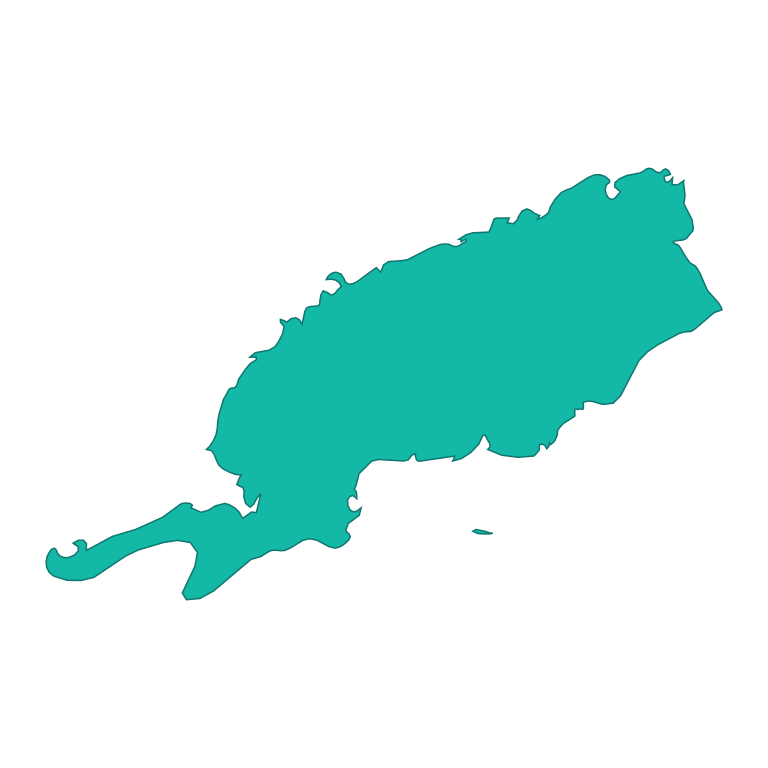 Pinar del Río, Mercator projection
{"feature_id": "CUB-1321", "entity_name": "Pinar del Río", "entity_type": "Province", "adm_level": 1, "iso_a3": "CUB", "parent_name": "Cuba", "parent_adm1": "", "projection": "mercator", "projection_center": [-83.796, 22.394], "detail": "fine", "context": "isolated", "style": "filled", "palette": "teal", "viewbox_px": 768, "rotation_deg": 0, "n_neighbors": 0, "source": "natural_earth", "source_scale": "10m", "svg_char_len": 4629}
<svg xmlns="http://www.w3.org/2000/svg" viewBox="0 0 768 768"><path d="M721.9,309.9L714.1,312.6L695.0,328.9L691.2,331.4L684.0,332.0L679.1,333.5L657.9,344.7L647.5,351.7L638.8,360.8L620.6,395.8L613.1,403.2L602.7,404.4L592.3,401.4L587.9,401.0L583.4,402.3L583.3,403.2L583.4,408.0L582.9,409.3L581.6,409.2L580.2,408.7L577.9,409.6L576.5,409.1L575.2,409.0L574.7,410.4L574.9,415.2L574.7,416.2L563.2,423.6L559.3,427.9L557.6,430.8L557.4,432.4L557.5,433.6L557.2,435.2L555.1,440.1L553.5,442.3L550.6,444.6L549.6,443.5L549.1,442.4L548.9,446.4L546.7,448.8L544.9,445.3L542.3,444.2L539.5,444.6L539.2,450.2L534.0,456.0L518.1,457.3L501.7,455.2L487.7,449.5L490.3,446.6L489.5,443.1L487.1,439.2L485.3,435.2L483.1,435.2L478.6,444.3L470.7,452.6L461.4,458.6L452.7,461.0L453.4,459.8L454.1,457.4L454.7,456.1L419.5,461.2L417.8,461.0L416.5,459.6L415.7,457.2L415.3,454.9L415.6,453.9L412.0,455.0L408.2,459.9L403.6,461.0L378.9,459.5L371.8,461.0L358.8,473.9L358.4,476.5L355.9,485.9L354.4,489.3L356.1,491.5L356.6,493.6L356.8,498.7L353.2,495.6L349.7,496.4L347.5,500.1L347.9,505.7L350.3,510.2L353.4,511.9L357.1,511.0L361.1,507.8L359.3,515.3L348.3,523.4L345.7,530.4L346.9,532.0L349.0,534.0L350.3,536.5L348.9,539.8L345.9,542.7L342.5,545.4L338.7,547.3L334.9,548.1L328.9,546.6L316.9,540.2L309.8,538.7L302.9,540.3L290.6,547.9L284.7,550.4L281.5,550.7L274.9,550.2L271.7,550.4L268.2,551.9L261.0,556.5L251.0,559.4L213.5,591.0L199.8,598.5L186.4,599.7L182.3,593.0L195.0,566.1L197.5,552.5L190.3,542.5L177.6,540.4L163.5,542.5L138.2,550.0L125.9,555.9L93.8,577.4L81.0,580.5L67.1,580.3L53.8,576.1L49.4,572.6L46.8,567.7L46.1,562.1L47.2,556.3L48.3,554.1L49.9,551.3L51.9,549.1L54.1,548.2L55.6,549.1L56.6,550.8L57.4,552.9L58.4,554.5L60.7,556.3L63.3,557.4L66.1,557.7L69.0,557.4L74.4,555.1L78.2,551.2L78.3,546.9L73.1,543.2L78.5,540.2L83.4,540.2L86.4,543.5L86.4,550.4L112.4,536.4L135.5,529.5L162.6,517.3L179.9,504.6L182.3,503.4L186.5,503.0L190.4,503.6L192.4,505.2L191.0,507.8L201.0,512.3L208.4,510.2L215.6,505.8L224.9,503.4L229.5,504.8L234.9,508.1L239.4,512.4L241.3,516.3L242.8,518.3L251.5,512.0L256.3,512.7L260.9,493.8L257.0,498.1L253.7,504.1L250.1,507.2L245.6,503.4L243.8,496.8L244.2,491.7L243.1,487.8L236.8,484.6L239.7,477.3L241.3,475.0L235.4,474.4L229.0,472.0L223.2,468.9L219.2,465.6L216.6,460.8L214.5,455.1L211.6,450.6L206.4,449.5L209.5,446.5L213.1,441.2L216.0,434.9L217.2,429.2L217.8,421.2L219.2,413.8L223.7,398.7L224.5,397.9L229.2,389.1L230.8,388.2L234.2,387.8L235.8,386.8L237.1,384.6L238.3,380.3L239.1,378.6L245.9,368.6L250.6,363.3L256.3,359.8L256.3,357.2L249.8,357.2L255.3,352.7L268.9,350.2L274.9,346.8L278.6,341.6L282.6,333.8L284.1,326.4L280.4,322.0L280.4,319.4L283.7,320.5L286.9,322.0L291.4,318.5L295.7,317.8L299.4,319.8L302.1,324.1L304.9,311.2L306.6,307.9L309.8,306.6L318.0,305.9L319.7,304.2L319.9,300.8L320.9,294.9L323.2,290.8L327.3,292.5L331.5,295.2L334.9,293.4L337.9,289.7L341.4,286.5L339.0,282.5L335.7,280.1L331.5,279.2L326.2,279.6L327.6,277.0L330.0,274.5L332.8,272.8L335.9,272.2L341.0,274.0L343.7,278.2L345.8,282.4L348.9,284.3L353.2,283.6L357.0,281.7L376.3,267.6L380.7,272.2L383.7,264.8L388.6,261.6L402.4,260.6L407.7,259.6L429.6,248.4L440.6,244.4L445.8,243.9L449.4,244.5L453.4,246.4L456.9,246.5L459.1,245.7L463.4,242.9L465.8,241.8L465.8,239.2L463.5,240.3L461.2,241.8L460.8,240.5L460.9,239.7L460.6,239.3L459.0,239.2L465.8,234.9L472.8,232.8L488.7,232.1L490.0,230.1L494.0,219.2L496.0,218.1L509.2,218.0L508.4,220.4L507.9,221.3L507.0,222.7L513.2,223.8L516.9,220.3L519.5,215.0L522.2,210.9L527.0,208.9L530.6,210.4L534.5,213.3L539.8,215.6L537.5,219.2L541.0,218.1L546.1,214.9L548.7,212.2L550.6,206.5L555.3,199.0L561.3,192.5L567.0,189.7L571.3,188.3L587.8,177.7L594.2,174.9L600.1,174.7L605.2,176.5L609.5,180.2L609.5,182.4L606.5,184.6L605.3,188.8L605.9,193.6L608.4,197.9L612.3,199.7L615.5,197.6L618.3,194.1L620.5,191.8L614.7,187.0L615.1,182.5L619.8,178.6L626.8,175.5L640.1,172.9L642.6,171.7L646.7,168.8L648.6,168.3L651.9,168.8L656.2,171.9L659.6,172.9L661.2,172.0L663.2,170.0L665.5,168.9L668.5,170.6L670.5,174.2L668.4,175.3L665.2,175.8L663.9,177.7L665.2,181.3L667.2,182.4L669.7,181.2L672.6,177.7L672.0,184.5L677.5,185.0L683.8,180.7L683.5,182.6L685.0,195.1L684.9,196.7L683.8,203.6L691.8,219.2L693.3,227.6L692.9,230.6L687.0,237.7L685.3,239.1L682.8,240.0L675.1,240.9L673.6,241.5L673.1,242.2L673.6,242.8L674.3,243.4L677.9,244.9L679.1,246.1L680.7,248.3L686.0,257.4L689.8,262.6L691.0,263.5L693.9,265.1L695.7,266.4L697.7,269.3L700.1,273.5L706.4,288.2L707.8,290.9L718.4,302.8L720.8,306.6L721.8,308.6L721.9,309.9ZM490.3,533.1L491.1,533.0L492.7,533.1L491.0,533.8L484.8,534.0L477.7,533.5L472.8,531.3L476.0,529.5L485.5,531.4L490.3,533.1Z" fill="#14b8a6" stroke="#0f766e" stroke-width="1.5"/></svg>